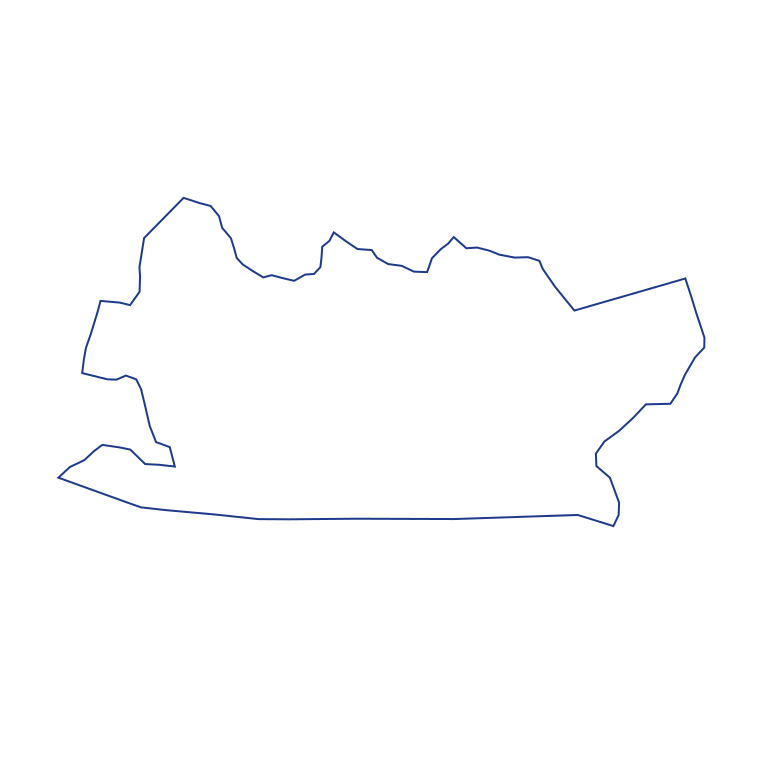 Agrestina, Pernambuco, Brazil (orthographic projection), rotated 287°
{"feature_id": "56859067B81432664711223", "entity_name": "Agrestina", "entity_type": "district", "adm_level": 2, "iso_a3": "BRA", "parent_name": "Brazil", "parent_adm1": "Pernambuco", "projection": "orthographic", "projection_center": [-35.937, -8.459], "detail": "fine", "context": "isolated", "style": "outline", "palette": "blue", "viewbox_px": 768, "rotation_deg": 287, "n_neighbors": 0, "source": "geoboundaries", "source_scale": "gbopen_adm2", "svg_char_len": 1419}
<svg xmlns="http://www.w3.org/2000/svg" viewBox="0 0 768 768"><g transform="rotate(287 384 384)"><path d="M453.4,111.9L424.1,116.0L415.8,119.2L400.7,123.3L385.2,118.1L384.6,107.6L380.6,88.6L369.3,89.0L359.5,89.0L345.9,89.0L331.5,88.4L319.7,89.8L306.2,92.2L307.6,118.1L309.9,126.8L316.6,134.7L316.0,145.7L307.9,153.3L294.0,161.5L275.4,172.2L261.8,183.0L261.0,197.6L243.9,208.1L241.1,193.0L237.6,179.0L247.1,160.6L246.0,149.3L243.4,132.4L235.3,126.5L223.5,119.6L212.7,107.8L199.2,100.0L195.5,174.7L195.0,187.7L199.7,212.8L209.6,259.7L218.1,303.5L226.7,332.3L247.1,397.0L275.4,490.7L315.4,607.5L315.2,644.9L327.3,646.7L339.3,643.5L360.4,627.5L367.6,611.1L379.4,607.0L393.5,611.6L408.2,622.7L425.3,632.6L441.1,640.4L448.8,663.6L460.6,667.3L469.6,667.8L480.9,669.1L500.4,673.7L512.5,679.6L522.0,676.9L543.3,661.8L558.1,651.8L573.0,641.3L509.9,544.6L526.9,519.3L540.5,502.1L547.2,496.6L547.4,484.7L543.1,472.0L541.4,456.4L542.3,445.9L541.7,433.1L537.9,423.1L544.9,407.7L537.0,404.3L529.6,398.9L518.3,393.1L503.6,392.5L500.2,379.7L502.2,366.4L499.9,352.9L502.7,340.4L508.5,333.1L505.3,319.1L509.4,305.8L514.3,291.7L504.8,289.9L497.2,284.8L486.0,287.4L477.2,289.0L468.7,284.8L465.6,276.6L456.4,267.9L455.7,257.4L455.2,244.7L450.6,237.3L454.3,223.2L457.0,214.0L461.5,206.3L470.2,200.8L478.6,195.0L486.0,183.6L496.2,177.2L503.6,166.1L503.1,154.8L503.4,137.9L453.4,111.9Z" fill="none" stroke="#1e3a8a" stroke-width="2"/></g></svg>